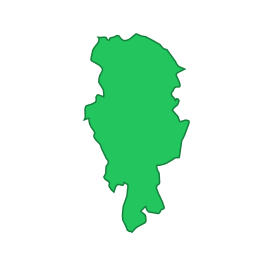 the County of Oppland, rotated 31°
{"feature_id": "NOR-920", "entity_name": "Oppland", "entity_type": "County", "adm_level": 1, "iso_a3": "NOR", "parent_name": "Norway", "parent_adm1": "", "projection": "orthographic", "projection_center": [9.47, 61.271], "detail": "fine", "context": "isolated", "style": "filled", "palette": "green", "viewbox_px": 256, "rotation_deg": 31, "n_neighbors": 0, "source": "natural_earth", "source_scale": "10m", "svg_char_len": 3320}
<svg xmlns="http://www.w3.org/2000/svg" viewBox="0 0 256 256"><g transform="rotate(31 128 128)"><path d="M200.3,178.6L200.2,178.7L198.9,180.5L198.7,181.0L198.5,181.7L198.6,183.1L198.7,183.8L198.5,184.8L198.3,185.3L197.8,185.8L188.9,189.3L186.3,188.5L186.0,188.3L184.9,187.2L184.4,186.7L183.8,186.2L183.1,186.8L183.1,187.3L182.5,189.9L182.0,191.4L181.9,192.4L182.0,192.8L182.3,193.0L186.9,193.6L187.7,193.8L188.8,194.9L191.3,198.4L191.4,199.7L191.3,200.1L191.1,200.9L187.5,206.9L186.8,208.2L185.9,210.8L185.2,214.7L185.0,215.0L184.7,215.4L183.9,215.0L183.4,215.1L182.3,216.0L180.1,215.9L177.4,213.7L171.1,209.6L170.4,208.8L168.5,206.2L167.5,204.4L164.7,198.5L164.2,197.1L163.9,195.6L162.4,188.3L161.9,186.4L160.9,184.2L159.4,181.3L158.9,179.7L158.3,178.6L157.0,176.7L153.1,176.5L152.9,176.8L152.7,177.3L153.1,177.8L153.3,178.4L153.2,179.1L152.8,179.9L152.4,180.1L149.3,181.1L148.4,181.8L147.9,182.8L147.7,183.9L147.8,185.4L148.7,189.0L148.9,190.2L145.7,189.6L142.1,187.9L141.3,187.0L141.0,186.1L140.6,185.1L140.1,184.3L139.2,184.0L135.1,183.7L133.8,183.3L132.5,182.4L132.4,178.9L131.9,177.6L129.0,172.2L129.1,170.3L129.3,169.1L129.1,168.2L128.7,167.4L128.3,166.9L127.5,166.2L125.0,165.2L115.7,159.0L112.7,156.4L106.9,154.9L103.9,153.5L102.8,152.3L102.6,151.6L102.4,150.8L102.2,150.0L102.1,149.6L102.0,149.4L101.8,149.1L100.4,148.1L96.2,146.3L93.5,144.6L91.7,142.8L89.5,140.0L88.8,140.4L86.3,143.5L85.8,140.7L81.6,134.3L81.0,132.7L80.7,131.5L80.8,130.9L81.1,130.1L84.2,126.8L86.9,122.6L86.5,120.8L85.8,119.5L85.0,118.6L84.7,117.9L84.7,117.3L84.7,115.5L85.6,114.8L91.1,113.8L89.9,111.5L87.2,107.9L79.9,104.1L79.3,103.6L78.0,101.1L77.3,99.4L76.9,97.9L76.7,96.5L76.7,95.4L76.6,92.9L76.4,92.0L75.9,90.9L75.1,90.2L73.9,89.6L70.9,88.9L62.1,89.1L61.1,88.6L60.2,86.6L58.7,82.2L57.7,79.2L57.7,78.2L57.7,76.4L58.3,71.6L58.4,69.3L58.1,68.2L57.8,67.3L57.2,66.6L56.8,66.2L56.4,65.9L55.7,65.6L57.5,64.8L60.8,62.4L62.1,61.8L63.0,61.8L64.1,62.6L64.7,62.9L65.7,62.9L66.3,62.6L66.6,62.2L66.3,61.0L66.3,60.2L67.1,59.3L68.9,57.5L70.0,55.9L70.8,54.6L71.3,54.3L72.1,53.9L73.0,53.9L73.6,54.0L74.9,54.7L77.3,55.4L79.7,55.1L81.6,53.7L82.6,52.5L83.5,51.1L84.0,50.1L85.9,44.5L86.3,43.5L86.7,43.1L87.4,42.9L92.0,42.3L96.1,40.7L104.8,40.2L112.3,40.0L116.5,41.5L118.4,41.6L121.0,40.8L126.5,43.2L134.5,46.6L136.3,47.9L139.5,49.2L146.3,48.3L142.2,54.7L141.7,56.0L141.8,57.5L142.9,58.5L147.9,61.9L150.3,64.1L150.8,64.9L151.0,65.7L150.8,66.3L148.3,67.9L147.7,68.6L147.3,69.4L147.2,70.1L147.1,70.6L147.4,72.5L147.4,73.3L147.1,74.7L147.3,75.7L147.5,76.3L149.2,77.8L152.8,78.8L154.5,80.0L154.8,79.0L154.8,78.7L154.7,78.5L154.5,78.3L154.5,78.1L154.7,77.8L156.2,77.5L157.7,78.3L158.5,82.7L157.0,86.9L156.8,89.9L165.1,92.6L165.8,93.0L166.4,93.8L168.1,95.1L169.2,95.7L169.6,95.6L172.3,92.8L173.0,91.8L173.9,91.3L175.8,90.6L176.4,90.6L176.9,90.9L177.3,91.4L178.0,93.6L180.2,105.4L180.6,111.4L187.2,126.9L184.4,128.8L183.2,130.2L182.9,131.2L182.7,131.8L179.3,138.0L178.0,139.9L174.0,143.9L173.6,144.0L173.1,144.3L172.1,144.9L172.2,145.7L172.6,146.5L174.8,149.0L177.1,150.2L178.1,151.0L183.1,158.3L183.5,159.6L183.3,160.3L182.7,161.6L182.5,162.2L182.6,163.0L182.8,163.9L183.2,164.6L184.7,166.3L185.2,166.5L185.6,166.6L186.3,167.5L195.7,173.8L198.9,176.6L199.0,176.9L199.7,177.1L200.3,178.5L200.3,178.6Z" fill="#22c55e" stroke="#15803d" stroke-width="1.5"/></g></svg>